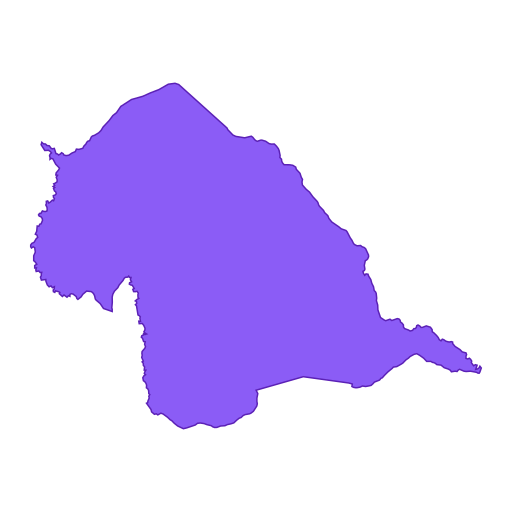 the district of Bom Jesus do Araguaia, Mato Grosso, Brazil
{"feature_id": "56859067B58410572569646", "entity_name": "Bom Jesus do Araguaia", "entity_type": "district", "adm_level": 2, "iso_a3": "BRA", "parent_name": "Brazil", "parent_adm1": "Mato Grosso", "projection": "natural_earth1", "projection_center": [-51.737, -12.202], "detail": "fine", "context": "isolated", "style": "filled", "palette": "violet", "viewbox_px": 512, "rotation_deg": 0, "n_neighbors": 0, "source": "geoboundaries", "source_scale": "gbopen_adm2", "svg_char_len": 5971}
<svg xmlns="http://www.w3.org/2000/svg" viewBox="0 0 512 512"><path d="M54.3,148.4L52.4,148.8L51.2,148.4L49.3,145.8L47.0,145.5L45.5,144.0L43.4,143.8L41.8,142.3L41.1,144.7L44.8,150.5L48.5,150.3L50.2,151.4L51.5,152.9L50.1,154.2L49.5,155.8L50.1,157.6L50.0,159.3L51.3,158.4L52.9,158.9L55.7,164.2L59.5,168.1L58.7,169.8L56.2,172.8L55.8,175.0L57.5,175.3L56.2,177.3L57.2,179.8L57.0,181.9L55.1,183.2L53.7,183.8L54.7,185.4L53.1,186.5L54.7,187.5L53.5,188.4L54.5,191.0L55.6,191.7L56.3,193.7L55.3,194.9L53.3,195.6L53.5,197.4L54.4,198.6L53.6,200.7L52.4,200.1L50.4,202.0L48.8,203.0L47.7,200.9L46.3,201.3L46.4,203.6L45.8,205.0L47.0,207.3L47.2,209.4L46.9,211.0L45.5,211.5L43.9,211.4L42.4,210.9L40.9,213.4L39.5,213.4L38.5,214.9L39.2,216.1L41.0,216.8L42.3,218.6L42.5,220.5L41.1,223.8L39.8,224.2L38.8,226.3L37.2,226.0L36.7,231.3L35.3,234.2L37.0,235.1L37.7,237.4L36.2,238.7L34.1,242.3L31.8,243.4L30.7,245.0L30.7,246.8L31.5,248.0L33.2,246.8L34.7,247.7L35.3,252.1L33.7,255.8L33.7,260.7L34.8,261.5L36.8,264.2L34.7,265.5L34.7,268.0L36.4,267.9L35.8,269.9L36.2,271.5L38.8,271.0L40.1,272.5L41.7,272.4L41.3,273.8L41.3,275.7L40.4,277.1L41.4,280.1L45.8,279.5L45.9,281.2L47.3,284.9L49.1,286.8L51.0,285.9L52.4,287.7L54.4,286.7L54.2,288.9L53.2,290.0L53.4,291.7L54.8,292.4L55.5,290.9L58.6,291.7L59.8,292.4L59.3,293.7L62.4,296.5L64.0,295.0L67.0,297.2L68.5,295.7L69.9,296.3L69.9,294.4L71.2,293.7L73.1,294.1L76.2,296.5L76.9,298.5L77.9,299.4L81.1,296.9L82.8,294.3L86.6,291.1L91.3,291.6L92.7,292.7L93.8,294.1L94.6,295.8L95.3,299.0L96.1,300.1L100.2,303.6L103.5,308.5L112.2,311.5L112.2,309.2L111.8,307.8L112.3,302.3L112.2,297.1L112.8,294.3L114.5,291.1L117.8,287.7L119.1,285.1L123.0,280.5L124.2,278.3L125.4,277.3L127.8,277.1L128.7,276.1L129.6,277.5L131.0,277.5L130.4,279.7L131.6,281.8L129.6,282.7L129.3,284.1L130.6,284.9L132.3,285.3L134.2,288.5L132.8,289.3L133.6,291.6L135.3,291.7L137.0,291.3L138.3,293.1L137.9,294.7L138.0,297.3L138.8,298.4L137.0,299.4L135.3,300.9L136.5,301.5L136.7,303.5L135.4,304.7L136.5,305.8L138.0,315.0L139.3,315.7L140.3,316.8L139.9,318.3L140.5,321.3L138.8,321.2L139.2,323.7L142.3,323.5L143.7,325.3L145.0,328.2L144.9,330.0L143.9,331.8L144.8,332.9L146.6,334.0L144.8,334.6L143.5,333.8L143.1,335.2L141.8,335.7L141.3,337.2L142.5,338.3L143.6,341.5L145.2,341.8L144.6,344.2L145.5,346.7L144.8,348.3L142.1,351.5L141.9,353.3L142.2,355.4L141.7,357.4L143.3,361.1L142.1,361.9L143.3,363.3L143.3,365.3L144.6,366.9L144.2,370.1L145.8,370.2L144.8,371.9L144.3,373.5L145.5,374.7L144.0,375.7L142.8,377.7L143.4,380.7L144.9,381.8L146.0,383.4L146.6,385.2L146.4,387.8L147.7,388.7L148.6,390.5L148.8,393.6L149.8,394.6L148.8,396.2L149.2,398.0L147.9,401.1L147.7,402.6L146.5,403.2L151.0,409.5L151.6,411.9L154.4,414.3L156.3,413.8L157.8,414.9L160.9,413.2L163.1,414.0L167.6,417.3L170.2,419.8L171.8,420.7L174.2,423.2L177.7,426.0L183.4,428.7L186.7,427.9L195.3,425.0L197.5,423.3L200.3,423.0L204.2,423.6L206.8,424.6L211.3,425.7L212.7,426.8L214.7,427.5L216.9,427.4L220.6,426.0L225.0,425.7L227.3,424.6L231.0,423.8L233.8,422.9L236.9,420.0L239.2,418.2L241.1,417.5L243.2,415.5L245.1,414.6L249.5,413.8L250.9,413.2L253.4,411.3L256.8,406.0L257.3,403.7L256.9,401.4L256.9,398.1L257.8,393.6L256.1,390.2L303.3,376.7L348.8,383.0L352.3,384.0L351.9,386.5L353.4,387.3L355.3,387.7L357.0,387.7L359.9,387.2L362.5,386.0L365.6,386.5L368.9,385.9L371.1,385.4L372.9,383.8L374.4,382.1L379.5,380.1L381.0,378.3L382.3,377.8L384.4,375.4L387.8,372.0L392.4,368.2L393.3,367.1L396.8,366.6L400.9,364.3L402.8,363.1L405.9,359.9L408.5,358.1L410.0,356.6L414.1,354.3L416.8,353.7L419.8,355.4L423.7,358.2L426.7,361.4L430.8,361.4L432.5,362.4L433.8,362.6L435.3,363.3L436.8,364.6L441.0,365.1L444.2,367.7L448.4,369.1L450.3,370.2L451.4,371.8L455.0,371.2L457.1,371.5L458.3,370.0L459.6,369.3L464.0,371.2L466.1,371.5L470.5,371.2L476.5,372.3L477.9,373.1L479.2,373.2L479.9,372.0L481.3,368.0L479.9,366.2L479.1,367.8L477.6,368.9L475.7,369.4L477.1,365.2L475.4,364.7L473.6,365.7L471.3,362.6L471.7,361.1L470.6,359.3L469.3,358.2L467.7,359.0L466.0,358.4L466.0,356.0L466.6,354.7L466.0,352.9L462.2,351.9L460.0,349.6L455.0,346.4L452.7,343.6L452.6,342.0L451.2,341.6L449.5,342.0L448.0,341.8L445.7,341.1L443.8,339.7L442.3,339.2L441.0,340.8L439.3,339.7L438.2,337.5L436.5,335.4L433.7,332.7L432.3,331.8L432.1,329.5L430.4,327.2L426.3,325.9L422.4,327.4L421.0,327.4L419.8,326.0L418.0,325.0L416.7,325.7L416.3,327.5L415.2,328.6L413.9,328.6L412.5,330.4L410.1,331.0L408.5,330.0L404.6,328.6L403.5,327.1L403.4,324.9L402.1,323.2L400.5,322.0L400.1,320.2L399.0,319.0L397.3,318.6L391.8,320.5L390.0,319.2L385.7,320.7L384.5,320.2L380.5,317.5L377.9,309.9L377.7,305.0L376.4,300.7L376.7,298.1L376.2,293.4L375.6,292.0L374.2,290.5L373.5,286.7L371.8,283.3L370.8,279.6L368.7,276.2L368.0,274.2L366.0,273.9L364.7,275.3L363.3,273.0L363.0,271.3L364.4,270.5L364.9,269.1L364.3,265.3L365.3,260.7L366.6,260.0L367.7,258.9L368.6,256.7L368.5,255.0L365.6,248.7L364.2,247.5L362.0,246.7L360.6,245.5L357.1,245.8L354.4,244.5L353.3,243.1L351.9,240.2L350.2,237.8L347.1,231.8L346.0,230.5L341.2,228.8L338.8,226.8L331.8,222.0L328.9,218.4L327.8,215.6L324.6,212.6L323.5,210.4L319.5,206.3L318.7,205.1L317.9,202.5L317.0,201.2L312.8,196.7L309.5,192.1L306.2,189.3L302.4,185.0L302.0,182.0L302.5,179.4L301.3,177.3L300.0,173.3L296.3,169.3L295.7,167.1L292.8,165.3L289.8,164.8L284.0,164.7L282.6,163.0L281.7,161.2L281.5,159.2L279.9,157.5L280.1,155.4L279.1,150.5L278.3,148.6L276.5,146.2L274.3,144.0L271.3,144.1L269.1,143.6L265.6,141.2L261.8,140.1L260.5,140.2L257.3,141.3L256.1,140.8L254.7,139.7L252.8,137.3L251.3,136.2L244.7,137.8L235.8,136.4L232.9,135.0L227.8,129.7L227.0,128.0L178.7,84.5L175.0,83.3L168.3,84.2L158.9,89.6L150.6,92.8L142.8,96.3L131.5,99.5L120.8,106.4L116.5,112.7L112.9,115.5L109.1,120.6L103.2,126.9L101.0,130.5L98.7,132.8L94.5,135.3L92.4,136.0L91.3,137.0L89.6,140.7L87.8,141.2L86.7,142.4L86.0,143.9L83.8,146.2L82.8,148.3L78.9,149.4L76.4,149.1L75.3,151.6L71.8,153.1L68.8,155.2L66.1,155.6L63.9,155.0L63.2,153.7L61.6,152.7L60.2,154.1L58.6,155.0L57.5,154.0L56.0,153.6L54.3,148.4Z" fill="#8b5cf6" stroke="#5b21b6" stroke-width="1.5"/></svg>